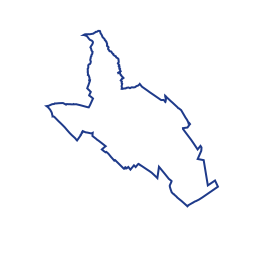 the district of Atitalaquia, Hidalgo, Mexico, rotated 233°
{"feature_id": "50627088B26286017381261", "entity_name": "Atitalaquia", "entity_type": "district", "adm_level": 2, "iso_a3": "MEX", "parent_name": "Mexico", "parent_adm1": "Hidalgo", "projection": "albers", "projection_center": [-99.201, 20.06], "detail": "fine", "context": "isolated", "style": "outline", "palette": "blue", "viewbox_px": 256, "rotation_deg": 233, "n_neighbors": 0, "source": "geoboundaries", "source_scale": "gbopen_adm2", "svg_char_len": 5704}
<svg xmlns="http://www.w3.org/2000/svg" viewBox="0 0 256 256"><g transform="rotate(233 128 128)"><path d="M70.3,121.3L72.9,123.9L77.1,128.1L78.4,129.4L76.3,129.5L69.3,129.8L62.8,130.0L59.5,130.9L59.2,130.7L58.7,129.9L58.2,129.0L57.0,126.8L56.0,126.1L53.3,125.1L50.4,124.2L49.9,124.3L49.1,124.3L48.2,124.5L47.7,124.8L47.5,124.7L44.2,125.4L43.8,125.5L43.5,125.4L43.3,125.4L41.1,125.9L39.1,126.4L37.6,126.8L30.1,128.3L29.7,128.3L29.8,129.1L30.1,128.9L29.0,137.5L28.7,138.3L28.1,141.7L27.8,145.6L27.5,152.5L27.0,164.5L33.7,165.9L34.1,157.2L56.8,169.1L61.3,165.0L65.7,172.8L68.0,174.8L68.3,174.9L68.4,175.0L70.1,175.1L69.0,170.7L76.0,171.1L80.7,171.3L82.1,171.3L85.4,171.3L92.9,171.3L93.3,171.4L94.0,171.3L94.8,171.8L94.5,172.3L94.1,173.1L92.8,175.4L92.6,175.8L93.6,179.0L93.8,179.9L94.4,179.9L94.5,179.9L95.3,179.9L95.4,179.2L96.1,179.5L96.6,179.6L98.5,180.0L99.6,180.1L102.0,180.2L102.6,180.3L110.3,181.2L113.2,180.4L113.5,180.1L114.0,180.0L114.8,180.0L117.0,179.6L119.3,179.2L120.4,179.0L120.9,178.9L121.1,178.9L123.4,178.4L128.0,177.6L128.5,177.5L128.9,177.4L130.3,177.3L131.4,177.1L131.0,176.8L130.4,176.6L129.9,176.3L129.3,176.2L129.0,175.9L128.3,175.8L128.2,175.6L127.8,175.1L127.0,174.5L126.3,173.5L126.6,173.4L127.0,173.4L127.3,173.7L129.0,173.3L130.1,171.6L130.6,171.2L139.0,168.4L143.7,166.8L146.1,166.1L152.6,164.0L156.1,163.9L156.0,163.6L155.9,162.9L155.8,161.9L155.9,161.3L156.4,159.9L156.4,159.6L156.3,159.1L156.3,158.7L156.4,158.1L157.0,156.9L157.8,156.0L158.3,155.4L158.5,154.6L158.5,153.9L158.7,153.5L159.2,153.3L160.1,152.7L161.0,150.9L161.0,150.0L162.1,148.4L162.5,147.2L163.1,146.5L164.1,147.6L165.2,148.0L166.2,149.2L166.8,150.0L167.8,150.0L168.8,151.1L170.3,150.8L170.8,152.3L170.7,152.3L170.7,154.5L173.4,154.2L174.5,154.1L174.6,154.3L175.3,154.2L175.8,154.3L176.6,154.6L177.2,155.1L177.5,155.3L177.6,155.2L177.6,154.3L177.7,153.3L178.1,153.4L177.7,156.2L177.7,156.3L180.3,156.7L180.2,157.3L182.7,157.7L182.6,158.4L183.9,158.6L183.9,158.9L185.8,158.9L186.2,160.3L188.4,161.6L189.0,161.9L189.7,161.8L191.5,161.1L192.6,161.4L193.2,161.0L193.6,160.9L194.0,160.7L194.7,160.5L195.0,160.5L195.4,160.4L195.6,160.5L195.9,160.6L196.0,160.7L196.1,160.8L196.4,160.6L196.5,160.5L197.2,160.5L197.5,160.4L198.6,160.6L199.0,160.6L199.6,160.4L199.9,159.9L200.3,159.6L200.6,159.5L200.9,159.5L201.2,159.6L201.7,159.7L202.4,159.7L202.5,159.6L202.9,159.6L203.0,159.7L203.2,159.8L203.5,160.0L203.8,160.4L204.0,160.9L204.1,161.0L204.8,161.1L205.0,161.1L205.3,160.9L205.6,160.7L205.8,160.6L206.3,160.7L206.4,160.9L206.6,161.1L207.2,161.4L207.4,161.7L207.6,161.8L208.0,162.1L208.5,162.1L208.9,162.3L209.4,162.5L209.6,162.6L209.8,162.5L210.4,162.4L210.8,162.7L211.3,162.7L211.7,162.5L211.9,162.5L212.2,162.4L212.7,162.7L213.5,162.8L213.9,162.7L214.3,162.6L214.5,162.6L215.1,162.6L215.3,162.5L215.5,162.4L216.0,162.4L216.8,162.6L217.2,162.8L217.8,162.9L218.7,163.1L219.4,163.1L219.9,163.0L222.1,163.9L222.5,163.9L223.0,163.2L223.5,162.7L223.5,161.6L223.7,160.8L224.2,160.1L224.1,159.4L224.2,158.6L224.3,157.9L224.2,157.2L224.9,155.8L225.4,154.8L226.0,153.7L226.9,152.6L227.4,151.8L228.1,151.0L228.7,150.0L228.9,149.3L229.0,148.5L228.6,149.0L227.3,149.7L226.6,150.3L225.4,150.5L224.3,150.5L222.7,150.5L221.2,150.7L219.7,151.6L218.9,151.8L218.7,151.8L217.7,151.7L217.3,151.3L216.7,150.6L216.1,149.3L215.8,148.3L215.5,147.5L215.0,146.5L214.1,146.4L212.8,146.0L212.2,145.6L211.6,145.5L210.7,145.5L210.2,145.6L209.9,145.3L209.5,144.7L209.1,144.5L208.8,144.2L208.5,143.6L208.5,143.2L208.3,142.9L208.1,142.5L207.7,142.3L207.4,142.0L207.2,141.2L206.9,140.8L206.6,140.5L206.2,140.2L205.5,139.2L205.1,138.9L204.7,138.6L204.3,138.5L204.0,138.5L203.6,138.4L203.2,138.0L203.0,137.8L202.4,137.1L202.2,136.6L202.0,135.9L202.3,135.3L202.3,134.8L202.1,134.2L201.8,133.8L201.5,133.6L201.0,133.3L200.1,132.6L199.5,131.7L199.5,131.4L197.1,129.8L197.1,129.6L196.9,129.4L196.4,129.3L195.5,128.7L194.8,128.2L194.5,127.9L194.0,128.3L193.3,128.1L192.2,127.8L191.9,127.6L191.4,127.5L190.8,127.2L189.5,125.8L189.0,126.4L188.6,126.0L187.0,123.6L186.4,122.7L186.1,122.3L185.1,120.6L184.2,119.3L183.8,119.4L183.5,119.4L183.0,119.5L182.6,119.5L181.1,119.8L180.8,119.8L180.1,119.9L179.5,120.0L179.2,120.0L177.5,116.6L177.1,116.6L176.9,116.8L176.7,116.8L174.9,117.3L174.5,117.4L173.1,117.7L172.6,117.8L170.9,114.6L169.3,111.7L168.1,109.1L168.9,108.3L175.2,103.4L177.7,101.3L178.1,101.0L178.1,100.9L179.3,99.3L179.8,99.0L179.7,98.7L180.8,97.3L181.3,96.6L181.6,96.4L183.0,94.6L183.4,94.2L184.5,92.6L184.3,92.4L186.9,91.2L187.7,90.2L188.3,89.3L188.6,88.9L189.8,87.1L190.5,85.9L191.7,84.2L191.6,83.8L191.7,83.4L191.9,83.0L192.3,82.4L192.7,81.6L193.2,79.4L193.5,77.9L194.0,77.1L194.5,76.1L192.9,76.6L190.2,76.8L189.3,76.8L188.6,76.7L187.0,76.5L185.5,76.1L184.4,75.5L183.9,75.3L183.5,75.3L183.2,75.1L182.6,75.0L182.5,74.8L181.8,75.6L181.5,75.7L180.9,75.9L180.2,76.0L175.3,76.6L172.4,77.1L169.7,77.5L166.5,77.9L163.0,78.1L159.1,78.4L156.2,78.8L152.0,79.6L150.5,79.7L149.3,79.7L148.7,79.8L150.7,86.0L151.0,86.0L151.8,88.7L152.3,88.6L152.8,90.0L150.1,91.5L148.8,92.8L147.4,94.0L146.1,95.1L145.7,95.6L145.4,96.9L143.8,95.4L143.0,94.8L138.7,96.0L137.1,96.3L135.8,96.8L131.8,97.9L126.9,99.2L126.9,98.7L126.9,98.3L126.8,96.8L126.7,95.0L126.6,94.2L124.1,94.8L123.2,95.1L122.0,95.5L121.9,95.8L121.9,96.3L120.3,96.7L118.9,96.9L115.4,97.0L113.2,97.2L110.4,97.4L110.2,97.4L110.2,97.7L110.3,98.0L110.3,98.3L110.1,98.4L102.6,99.5L97.9,100.2L97.8,100.3L98.2,101.7L97.3,101.9L97.7,102.5L96.8,102.7L96.8,102.9L96.6,103.0L96.7,104.8L93.3,104.9L93.7,106.5L94.0,107.8L94.6,110.3L92.2,110.6L92.5,111.8L92.8,113.1L93.1,114.3L93.8,114.4L91.6,115.2L91.7,115.3L82.8,118.4L80.9,119.1L78.1,120.0L71.9,121.1L70.3,121.3Z" fill="none" stroke="#1e3a8a" stroke-width="2"/></g></svg>